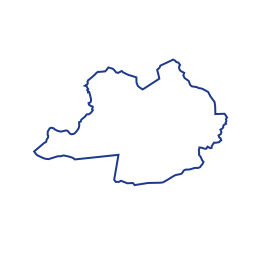 the district of Jucurutu, Rio Grande do Norte, Brazil, rotated 248°
{"feature_id": "56859067B48899253663657", "entity_name": "Jucurutu", "entity_type": "district", "adm_level": 2, "iso_a3": "BRA", "parent_name": "Brazil", "parent_adm1": "Rio Grande do Norte", "projection": "natural_earth1", "projection_center": [-37.004, -6.027], "detail": "fine", "context": "isolated", "style": "outline", "palette": "blue", "viewbox_px": 256, "rotation_deg": 248, "n_neighbors": 0, "source": "geoboundaries", "source_scale": "gbopen_adm2", "svg_char_len": 2463}
<svg xmlns="http://www.w3.org/2000/svg" viewBox="0 0 256 256"><g transform="rotate(248 128 128)"><path d="M118.8,66.9L112.1,90.2L108.5,102.8L106.7,109.1L85.2,95.8L82.7,96.4L81.4,99.6L81.7,101.7L77.0,106.7L75.2,111.9L72.6,112.8L70.8,120.4L69.6,125.8L65.1,137.6L64.5,140.2L65.1,144.9L66.1,150.6L66.5,153.4L66.5,154.8L65.7,158.9L65.6,160.4L66.1,161.6L67.6,163.6L67.9,165.5L67.3,167.2L66.5,169.5L66.0,174.8L64.7,178.2L64.7,180.1L65.6,181.5L66.7,183.6L68.3,185.3L70.2,184.6L72.0,184.6L73.8,184.6L76.6,183.8L78.1,184.6L81.1,185.4L82.1,186.3L83.2,186.9L82.3,188.6L80.1,191.3L79.5,192.9L80.9,194.8L78.6,196.6L78.2,198.0L79.4,198.6L81.1,200.6L82.2,202.4L81.4,203.8L81.1,205.7L80.7,207.2L81.5,208.5L81.6,209.8L83.6,210.0L85.1,209.1L87.2,209.2L87.6,211.7L89.2,213.1L91.9,213.1L92.1,215.1L92.9,216.5L94.1,217.0L94.9,218.0L95.2,220.5L96.3,220.4L97.7,221.9L99.5,222.2L100.8,223.8L101.9,223.4L103.6,223.3L105.1,222.7L108.2,214.2L115.0,216.8L119.7,218.0L126.2,216.3L131.4,215.8L136.2,211.9L137.5,210.3L138.6,208.4L140.1,207.2L141.5,204.8L142.8,202.7L143.9,202.1L145.0,201.8L148.9,201.9L153.1,199.2L156.0,199.0L158.1,200.8L160.2,198.9L161.6,198.0L163.0,197.7L164.4,197.8L165.8,198.4L167.0,199.9L169.8,199.2L171.0,197.5L172.6,197.0L174.5,195.5L174.1,188.7L173.7,181.4L172.0,179.7L171.0,176.8L166.7,176.3L162.0,175.5L158.6,158.0L158.3,156.0L159.3,155.3L161.5,153.8L163.3,152.9L166.9,152.9L171.8,154.7L174.5,151.5L177.2,148.1L181.2,144.5L183.2,143.5L182.8,139.6L184.0,137.8L187.5,136.7L188.8,135.9L191.5,132.5L189.7,129.6L189.1,127.9L190.6,123.0L191.3,121.0L190.7,118.8L189.9,117.3L189.5,116.0L188.6,113.7L188.0,111.5L187.5,110.3L187.2,108.9L186.0,107.7L184.7,107.6L183.8,106.6L183.3,103.9L182.1,105.3L180.4,105.3L179.0,105.7L178.4,104.4L177.3,104.8L176.1,104.3L175.9,105.5L174.2,105.3L170.3,104.8L168.6,104.5L167.1,103.9L165.8,102.7L165.9,100.8L164.3,100.5L162.2,101.9L161.1,103.3L159.9,102.8L158.9,101.7L157.6,102.0L156.0,99.3L155.4,97.0L156.1,94.8L154.6,92.3L153.6,89.0L153.1,87.7L151.7,86.6L151.7,84.8L148.6,83.8L146.3,82.2L144.4,79.4L143.1,76.8L142.9,75.2L143.4,73.2L144.4,72.1L148.1,70.9L149.0,69.4L149.5,66.0L150.0,64.0L151.9,61.5L154.5,59.3L155.6,58.9L156.9,57.3L157.0,55.2L155.8,53.7L154.7,52.2L152.9,51.5L151.9,50.9L150.6,51.1L149.0,50.2L148.0,48.5L145.8,46.9L145.5,44.5L141.4,32.2L138.4,32.9L136.5,33.8L131.8,38.2L130.2,40.2L128.9,42.7L128.1,52.3L127.0,55.3L126.7,57.9L125.0,60.6L122.3,64.2L120.7,65.9L118.8,66.9Z" fill="none" stroke="#1e3a8a" stroke-width="2"/></g></svg>